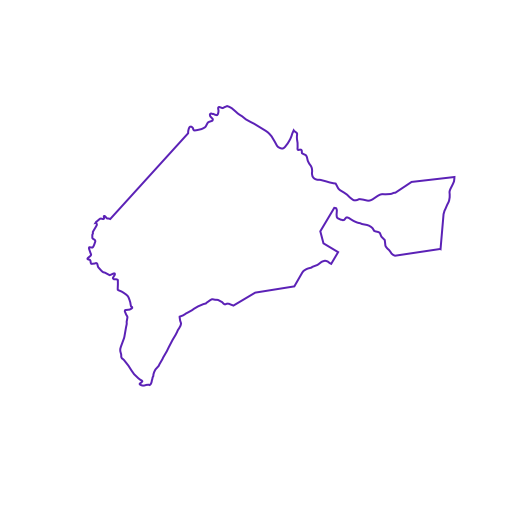 outline of Santa Maria, La Paz, Honduras, rotated 301°
{"feature_id": "27666195B95776032700257", "entity_name": "Santa Maria", "entity_type": "district", "adm_level": 2, "iso_a3": "HND", "parent_name": "Honduras", "parent_adm1": "La Paz", "projection": "albers", "projection_center": [-87.93, 14.257], "detail": "fine", "context": "isolated", "style": "outline", "palette": "violet", "viewbox_px": 512, "rotation_deg": 301, "n_neighbors": 0, "source": "geoboundaries", "source_scale": "gbopen_adm2", "svg_char_len": 6131}
<svg xmlns="http://www.w3.org/2000/svg" viewBox="0 0 512 512"><g transform="rotate(301 256 256)"><path d="M90.6,231.3L91.8,231.7L92.7,231.7L94.2,231.4L95.8,230.8L97.1,230.5L98.7,229.9L100.2,229.8L101.4,229.2L102.3,228.9L104.0,228.5L106.1,228.3L107.2,228.3L111.7,229.2L113.4,229.0L119.5,228.9L121.2,228.7L128.5,228.6L132.9,228.2L141.2,227.7L146.9,227.7L150.1,227.5L152.1,227.2L154.6,227.3L157.2,227.2L158.5,226.9L159.7,226.4L161.6,224.2L164.0,222.2L164.7,221.8L167.3,223.9L168.4,224.5L169.3,225.0L170.7,225.6L172.8,226.9L176.6,229.1L178.8,230.0L183.0,232.3L187.7,235.7L189.5,237.5L190.5,237.7L191.8,238.3L194.8,239.6L196.1,240.4L196.6,241.1L197.2,242.9L197.7,244.0L198.4,245.2L198.8,246.3L199.0,250.8L198.5,252.5L198.4,253.4L198.5,254.1L198.6,254.4L200.3,255.8L201.0,257.2L201.2,257.8L201.3,259.0L201.9,262.2L224.2,274.2L249.7,304.5L265.7,304.2L267.5,304.4L268.7,304.9L270.4,305.8L271.3,306.4L272.3,307.2L274.3,309.2L274.8,309.6L275.6,309.8L279.9,313.2L280.9,313.7L284.7,315.2L285.8,316.0L286.9,317.0L287.4,317.5L287.7,318.1L288.1,319.6L288.2,320.6L287.9,322.7L288.0,324.5L301.6,324.4L301.6,307.3L310.3,298.4L337.6,298.3L338.0,299.3L338.2,300.2L337.2,301.4L336.6,301.9L332.9,303.8L331.4,304.9L330.9,305.4L330.7,305.8L330.5,306.4L330.5,307.2L330.8,310.0L331.2,310.9L331.3,311.7L331.6,312.2L332.1,312.8L332.7,313.1L334.4,313.3L335.5,313.6L336.0,314.2L336.3,315.4L336.4,315.9L336.3,318.9L336.3,321.5L336.5,323.5L336.8,325.5L337.2,327.0L337.7,328.2L338.0,330.4L339.8,335.3L340.2,337.3L340.2,339.7L339.9,341.4L339.6,342.2L339.1,342.9L339.0,343.4L338.5,344.0L338.4,344.4L338.6,345.6L339.5,348.4L339.6,349.2L339.6,349.8L339.4,350.5L337.5,353.0L337.1,353.7L336.3,356.9L336.0,358.1L335.4,358.6L331.5,361.6L330.9,362.5L330.1,364.6L329.9,365.5L329.7,366.7L329.4,367.6L328.7,369.3L327.9,370.9L327.6,372.7L327.7,374.3L327.9,375.1L357.0,410.4L357.0,410.6L388.5,395.2L391.8,394.3L394.0,394.1L398.3,393.5L401.3,393.3L402.9,393.0L406.0,391.8L408.4,390.4L410.5,388.9L411.9,388.4L413.7,388.1L419.0,387.7L421.9,387.3L424.2,386.3L425.9,385.4L399.6,351.2L382.1,342.9L381.0,341.5L379.1,340.1L378.1,338.9L375.5,335.1L374.0,332.3L372.9,331.1L372.0,330.4L370.1,329.3L364.5,326.7L363.0,325.7L362.0,324.8L361.3,323.9L360.8,322.8L359.5,318.8L358.5,316.4L358.1,315.5L357.6,314.9L356.5,314.2L355.7,313.5L354.7,312.2L354.2,311.2L354.1,310.0L354.3,308.1L354.6,306.0L355.3,303.2L355.5,302.2L355.7,298.8L355.7,294.1L355.9,293.0L356.1,292.2L356.5,291.3L358.7,287.7L359.1,287.0L359.0,286.6L358.3,285.1L357.0,281.3L356.0,277.4L354.6,272.6L354.2,271.5L353.1,269.7L352.7,268.5L352.5,267.5L352.4,266.5L352.5,265.6L352.7,264.8L353.3,263.5L354.6,262.2L355.8,261.3L357.5,260.5L358.4,259.9L359.6,259.0L360.5,258.1L361.5,256.6L362.6,254.0L363.7,252.2L364.4,251.2L366.9,248.8L367.6,247.8L367.9,247.2L368.1,246.6L367.8,243.9L367.8,242.5L368.2,242.1L369.7,241.1L370.1,240.6L370.3,240.1L370.2,239.7L370.0,239.2L369.7,238.8L368.9,238.0L368.7,237.7L368.6,237.2L368.7,236.9L369.2,236.4L370.9,235.5L374.3,233.4L377.2,231.0L378.5,230.1L379.9,229.3L381.8,228.4L382.2,228.0L382.5,227.4L382.6,226.5L382.8,224.2L383.1,223.6L379.8,224.0L376.8,224.7L374.1,225.1L371.5,225.2L368.9,225.2L364.5,224.7L363.1,224.3L361.9,223.6L361.2,222.3L360.9,220.7L360.8,218.9L361.3,217.2L363.6,213.3L366.6,207.7L367.6,204.6L368.1,202.4L368.3,199.8L368.4,186.4L368.1,182.4L367.9,177.0L368.6,172.0L368.6,169.4L368.8,166.9L369.4,163.9L370.2,159.1L370.1,156.4L369.6,154.0L367.3,152.3L366.2,151.7L365.6,151.2L365.4,150.7L365.1,149.0L364.8,147.8L364.6,147.5L364.3,147.3L363.8,147.2L363.1,147.5L362.4,148.0L361.3,149.0L359.9,149.7L358.3,150.2L357.2,150.2L356.8,150.1L356.5,149.8L356.0,148.2L355.8,146.3L355.3,145.5L355.1,144.3L354.7,143.8L354.3,143.6L353.9,143.6L353.4,143.7L352.9,144.1L352.4,144.6L352.1,145.0L351.2,148.2L350.7,148.7L350.0,148.9L349.6,148.9L349.3,148.8L346.7,146.6L345.8,146.1L344.7,146.0L341.1,146.2L340.5,146.1L339.7,145.8L338.0,144.8L336.7,143.9L333.7,140.8L332.1,138.9L331.8,138.3L331.9,137.6L332.3,136.9L332.9,136.4L333.2,135.9L333.4,135.3L333.5,134.6L333.5,133.9L333.2,133.3L332.8,132.9L332.3,132.7L331.5,132.7L330.6,132.8L328.3,133.5L326.2,134.6L325.7,134.5L212.6,112.0L212.3,110.5L211.5,109.1L211.6,108.3L212.1,106.9L212.3,106.0L212.3,105.6L212.1,105.3L211.8,105.1L211.5,105.2L210.3,106.2L209.8,106.4L209.3,106.3L208.9,105.9L208.3,104.0L208.0,103.5L207.7,103.2L206.8,102.8L204.1,101.9L202.9,101.4L201.8,101.4L202.1,101.7L202.0,102.2L201.1,103.3L200.5,103.6L198.5,103.7L194.0,103.7L192.5,103.8L191.3,104.6L189.8,104.8L187.2,106.4L187.0,106.8L186.8,107.3L186.8,108.7L186.6,109.9L186.2,110.4L185.6,110.8L182.3,111.5L180.4,111.7L179.4,111.6L179.0,111.4L178.3,110.1L177.8,108.8L177.6,108.6L177.3,108.6L176.8,108.7L176.0,109.4L173.4,112.5L172.5,113.7L172.1,114.0L171.5,114.1L170.7,114.0L167.7,112.9L167.0,112.9L166.7,113.1L166.6,113.4L166.7,113.9L166.8,114.5L167.1,115.1L167.1,115.7L166.5,116.7L165.1,117.8L164.7,118.4L164.5,118.9L165.1,119.8L166.3,121.4L167.5,122.5L167.7,122.9L167.7,123.4L167.6,123.8L167.2,124.3L165.7,125.8L165.1,126.6L163.8,130.8L163.5,132.2L163.4,133.2L163.5,133.8L163.9,134.9L164.2,140.4L165.0,141.1L166.6,142.2L167.5,142.8L168.1,143.5L168.2,143.8L168.1,144.0L167.9,144.3L167.2,144.6L163.8,144.6L163.3,144.8L163.0,145.4L162.9,146.1L163.1,146.6L163.8,147.7L164.2,148.6L164.3,149.4L164.2,150.0L160.6,152.2L156.4,154.5L155.9,154.9L155.8,155.6L156.3,159.1L156.3,161.2L156.1,164.3L155.7,166.4L155.3,167.3L154.7,168.3L153.1,170.3L151.5,172.1L149.4,173.9L148.5,174.8L148.3,175.3L148.4,176.0L148.2,176.3L147.7,176.6L147.2,176.5L146.3,176.1L145.0,175.3L142.4,171.9L142.0,171.7L141.6,171.8L141.1,172.0L140.8,172.3L138.9,174.9L138.0,176.6L137.6,177.1L137.0,177.5L133.0,179.0L131.5,180.0L130.9,180.3L128.0,181.3L119.2,184.7L117.6,185.2L108.7,186.9L106.5,187.5L105.4,188.1L104.4,188.8L102.2,191.1L101.2,191.8L100.2,192.4L99.7,193.0L99.2,193.8L99.1,195.1L98.8,196.5L98.3,197.8L96.3,203.1L93.7,208.3L91.9,212.4L90.6,218.1L90.3,220.7L90.4,221.4L90.4,222.2L90.2,222.9L90.0,223.1L89.6,223.1L87.5,222.5L86.8,222.1L86.3,222.3L86.1,222.7L86.1,223.5L86.2,224.4L86.4,225.1L86.7,225.9L87.4,226.9L89.1,228.5L89.7,229.3L90.3,230.2L90.6,231.3Z" fill="none" stroke="#5b21b6" stroke-width="2"/></g></svg>